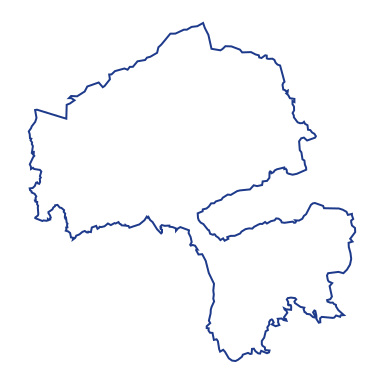 outline of Pano Lefkara, Larnaca, Cyprus
{"feature_id": "46923920B84753729201746", "entity_name": "Pano Lefkara", "entity_type": "district", "adm_level": 2, "iso_a3": "CYP", "parent_name": "Cyprus", "parent_adm1": "Larnaca", "projection": "natural_earth1", "projection_center": [33.315, 34.87], "detail": "fine", "context": "isolated", "style": "outline", "palette": "blue", "viewbox_px": 384, "rotation_deg": 0, "n_neighbors": 0, "source": "geoboundaries", "source_scale": "gbopen_adm2", "svg_char_len": 5943}
<svg xmlns="http://www.w3.org/2000/svg" viewBox="0 0 384 384"><path d="M66.7,104.8L66.3,118.7L37.0,109.7L35.1,110.0L36.5,117.9L35.2,121.9L31.7,126.4L31.1,128.1L28.8,131.4L29.7,134.1L30.0,138.3L31.3,138.7L30.6,140.4L32.1,142.5L31.8,144.0L32.9,146.1L32.0,151.9L33.8,151.9L33.7,153.9L32.6,153.9L34.3,155.9L33.2,157.1L29.8,164.3L30.9,166.7L31.0,169.0L33.0,167.8L34.1,169.0L39.9,169.9L41.3,171.5L39.9,176.2L40.8,177.6L39.8,178.7L40.1,182.0L39.2,183.8L37.9,183.4L37.2,182.3L36.1,182.7L34.8,186.0L32.7,188.0L29.7,188.4L30.1,190.2L31.6,191.4L31.7,192.5L34.6,193.8L36.3,196.4L35.5,198.0L35.8,199.9L34.9,200.3L35.5,201.7L37.2,201.9L37.1,204.3L38.1,205.8L37.8,207.6L38.3,214.1L37.9,215.5L35.3,217.5L35.3,218.2L42.4,221.0L43.6,220.4L46.5,220.8L47.9,220.4L47.9,219.3L48.7,220.1L50.2,219.5L49.8,218.5L50.8,217.7L50.0,215.4L48.5,213.2L48.4,212.1L52.4,209.4L53.3,207.5L55.0,206.2L55.1,205.3L57.5,204.9L59.8,207.6L61.4,207.9L64.1,210.2L63.7,211.8L65.2,213.6L64.8,217.2L65.3,218.4L66.0,217.9L66.7,222.7L67.5,223.7L67.0,225.0L67.4,227.3L66.2,227.5L66.4,229.4L65.8,230.7L68.1,231.4L70.1,233.0L71.0,237.4L73.3,237.8L72.9,239.6L75.2,237.9L76.2,235.7L79.4,234.4L82.4,231.9L84.8,231.0L86.8,232.4L87.9,232.5L88.2,231.7L90.9,232.1L91.8,227.5L96.2,225.9L97.5,228.8L98.9,228.0L99.6,226.8L101.1,227.1L104.5,226.3L107.9,223.5L110.8,225.1L114.5,223.1L115.6,223.5L118.5,222.1L119.6,223.8L120.6,224.1L121.6,225.3L125.1,225.6L125.3,224.9L126.5,225.8L128.5,226.0L129.4,227.7L139.4,224.4L144.5,220.2L146.8,216.6L147.9,217.8L148.5,217.0L150.1,220.0L152.6,222.1L157.1,229.3L161.1,233.4L162.0,232.5L162.0,229.7L160.7,229.0L160.5,227.9L161.1,227.5L160.5,226.4L161.8,225.1L164.7,225.8L169.4,225.6L169.5,226.7L172.7,227.1L175.9,228.4L176.0,230.8L177.9,228.5L180.3,227.1L189.0,230.3L188.6,233.0L190.6,237.0L191.7,242.1L190.2,244.8L190.8,245.6L192.7,245.0L195.1,245.7L197.4,249.3L196.6,249.1L196.1,250.1L198.5,254.5L202.2,254.2L205.7,260.8L208.8,273.0L214.0,283.8L213.3,290.6L213.8,294.6L213.3,298.7L214.1,301.4L211.6,306.9L210.8,309.6L210.6,313.4L208.9,320.7L210.2,323.1L206.7,326.3L206.7,328.1L208.7,328.3L208.5,330.5L210.0,332.7L212.5,332.9L213.9,339.9L216.6,339.3L217.9,341.2L219.2,349.3L220.1,351.6L223.2,349.8L225.0,351.8L228.8,358.3L232.1,360.6L235.6,361.0L238.1,359.7L242.0,356.7L242.8,354.7L248.0,352.9L250.2,354.0L251.6,353.7L252.0,348.9L253.9,348.7L255.4,351.2L258.1,353.3L260.0,353.6L261.2,350.8L267.0,353.2L269.0,352.4L269.5,350.5L265.6,350.1L265.0,349.6L264.9,347.4L262.5,345.8L261.8,344.2L261.8,341.0L264.2,337.6L265.7,331.3L267.9,330.1L267.3,327.3L269.3,324.5L269.1,322.1L270.3,320.1L271.8,319.4L272.6,320.1L273.7,322.5L271.9,324.4L275.6,326.2L279.3,325.1L278.1,322.3L278.2,319.7L277.8,318.8L281.6,318.5L283.5,320.0L286.5,320.7L285.9,319.0L284.3,318.4L284.0,317.2L287.3,312.8L286.1,310.4L284.7,309.6L284.2,308.3L286.1,309.3L291.1,309.8L291.2,306.7L290.8,305.2L289.5,304.8L289.0,305.4L288.0,304.8L288.2,301.9L286.8,299.5L287.8,298.1L290.9,297.6L295.0,298.1L296.2,299.3L294.4,301.5L294.9,303.0L300.5,306.9L304.3,307.7L303.6,309.1L304.6,312.2L305.4,312.3L306.8,313.9L309.9,314.3L313.0,317.1L314.8,317.5L315.0,316.1L313.1,312.3L314.4,310.5L315.3,310.9L316.3,315.2L316.5,319.1L318.8,322.7L320.3,322.3L320.1,318.3L321.8,316.9L332.8,317.9L334.2,317.6L336.1,315.5L340.1,316.8L340.7,315.3L343.9,315.1L338.3,310.1L336.1,306.6L335.9,304.8L334.1,304.1L332.8,302.6L330.4,302.7L327.5,301.6L327.1,300.1L330.3,299.2L331.9,296.6L329.6,286.1L332.2,283.1L328.7,281.5L327.8,279.9L327.0,275.5L328.1,273.2L338.5,271.9L343.4,273.2L347.0,269.6L350.0,264.6L351.2,258.9L350.5,253.2L348.8,247.0L348.6,242.8L352.5,241.6L350.2,238.8L355.2,232.1L355.0,228.0L352.0,225.5L351.2,222.3L351.2,220.5L353.2,219.0L351.9,215.2L351.9,213.9L347.9,214.9L346.5,211.8L342.7,209.7L338.9,208.5L324.0,208.2L323.1,205.9L314.9,203.0L312.8,203.4L310.9,204.9L306.1,214.2L303.9,215.9L302.3,218.8L298.9,220.6L295.3,220.3L296.1,221.4L295.4,222.6L294.1,222.8L292.8,221.6L284.5,222.8L281.7,222.4L281.0,220.5L278.6,218.7L276.2,218.4L274.6,220.3L270.9,221.2L266.9,223.5L265.1,222.0L262.2,224.0L260.2,223.8L258.3,224.6L254.0,226.9L252.3,228.6L249.1,228.4L245.6,229.1L241.5,231.6L240.1,233.5L234.8,235.8L230.6,235.9L227.3,237.1L228.3,238.8L224.6,240.7L223.1,238.4L220.4,240.1L218.4,237.7L215.9,236.0L215.1,234.6L214.1,234.2L213.0,234.8L210.2,233.8L209.0,230.3L207.9,229.8L203.4,224.1L200.7,222.6L198.8,220.3L198.0,218.0L197.7,213.3L202.6,211.3L202.8,209.4L206.5,208.5L208.8,206.6L211.1,203.4L214.2,203.2L215.9,201.4L221.4,199.7L222.8,197.7L227.7,194.6L230.8,194.9L237.2,191.1L240.0,190.4L250.0,189.4L253.7,185.3L257.1,186.1L262.1,185.0L262.7,181.4L267.0,180.9L269.4,177.8L269.5,172.4L270.2,171.4L271.0,171.8L271.5,173.2L273.4,172.3L274.8,170.4L276.9,169.3L284.2,167.5L284.3,169.1L285.7,168.7L286.7,170.0L286.9,172.6L288.2,173.6L292.6,174.7L296.9,173.8L306.2,169.7L306.1,167.6L304.9,164.5L304.4,160.5L302.5,159.4L301.4,152.3L299.8,150.2L299.1,141.3L301.2,138.3L303.9,137.6L307.1,140.5L315.0,137.7L315.9,136.2L314.4,133.8L312.0,132.4L310.3,130.1L308.0,129.7L307.5,125.2L305.1,123.9L304.0,121.8L302.6,123.1L300.0,123.2L297.6,122.3L293.9,117.3L293.8,115.4L292.6,113.1L294.1,110.4L294.0,106.6L292.5,104.2L292.5,101.1L294.4,102.0L294.4,98.9L289.9,98.2L288.2,95.1L286.4,93.5L287.5,92.9L287.8,90.6L286.1,91.4L284.8,90.0L283.3,89.6L282.5,84.8L283.3,82.9L284.5,81.8L280.1,65.5L277.5,64.6L275.6,62.7L274.4,59.9L272.4,58.7L268.3,58.9L266.8,58.4L266.7,55.6L265.2,55.3L261.5,58.0L259.2,57.4L258.8,55.3L255.7,54.5L251.0,52.1L242.2,52.4L239.9,49.6L231.4,46.4L225.4,46.2L222.4,49.1L220.4,50.3L211.5,48.8L208.4,34.9L204.8,27.9L203.1,23.0L197.3,26.2L191.6,26.9L186.8,29.7L183.8,29.7L175.4,33.6L170.3,33.7L161.4,44.5L158.4,47.3L157.1,52.8L150.2,56.8L147.0,57.6L145.1,60.0L137.5,61.3L132.9,66.8L129.8,66.9L127.6,69.7L124.4,68.5L115.0,71.1L111.5,74.4L109.2,74.5L109.9,79.3L104.6,86.0L102.8,87.2L98.7,82.5L87.3,86.5L84.7,91.5L77.1,96.3L71.1,96.0L69.0,98.1L71.3,98.1L74.5,100.3L69.9,103.5L66.7,104.8Z" fill="none" stroke="#1e3a8a" stroke-width="2"/></svg>